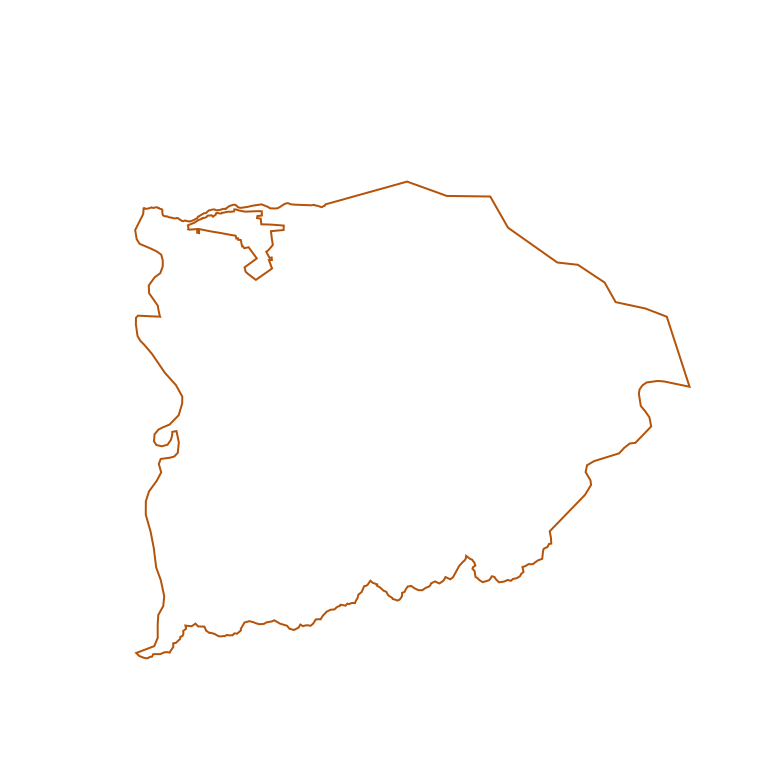 the district of Chuy, Chuy, Kyrgyzstan, rotated 348°
{"feature_id": "92254566B95692459438099", "entity_name": "Chuy", "entity_type": "district", "adm_level": 2, "iso_a3": "KGZ", "parent_name": "Kyrgyzstan", "parent_adm1": "Chuy", "projection": "orthographic", "projection_center": [75.313, 42.647], "detail": "fine", "context": "isolated", "style": "outline", "palette": "amber", "viewbox_px": 768, "rotation_deg": 348, "n_neighbors": 0, "source": "geoboundaries", "source_scale": "gbopen_adm2", "svg_char_len": 6148}
<svg xmlns="http://www.w3.org/2000/svg" viewBox="0 0 768 768"><g transform="rotate(348 384 384)"><path d="M85.7,595.6L88.0,599.1L91.9,601.7L94.4,602.9L96.6,603.0L98.2,602.2L100.4,602.5L102.1,600.3L109.1,601.7L113.1,600.8L116.3,601.2L118.6,602.2L119.5,601.0L123.3,597.3L123.9,593.8L126.5,594.0L131.5,591.0L132.3,588.9L134.3,588.7L135.6,587.2L136.0,585.8L136.2,583.9L139.5,582.2L139.7,581.4L139.5,579.0L145.2,580.9L147.0,580.4L149.8,579.2L151.8,582.5L157.9,584.0L158.8,588.5L159.2,588.7L161.4,591.2L162.6,591.3L166.5,593.3L167.1,594.0L169.8,596.3L171.6,596.9L174.5,597.2L175.9,597.5L178.0,596.8L180.4,597.7L183.8,598.3L184.5,597.6L185.9,596.8L188.3,597.7L192.8,595.3L193.0,593.8L197.9,588.3L203.0,588.0L206.7,589.8L208.4,591.0L211.9,593.0L216.7,593.7L219.1,592.8L225.2,592.9L227.5,592.3L232.5,596.8L239.0,600.4L240.5,603.6L244.8,605.9L249.8,604.5L252.2,601.9L254.5,604.1L256.4,603.8L259.2,604.1L261.7,605.2L262.4,605.0L265.1,603.5L268.3,600.1L271.2,600.5L273.1,601.0L276.1,597.8L279.3,595.8L280.2,594.9L284.8,593.7L288.7,594.2L291.1,592.7L292.3,592.2L294.7,591.9L295.5,590.9L297.8,591.7L300.3,592.8L302.5,591.2L303.9,592.0L307.0,591.5L310.1,592.2L311.7,589.8L313.5,588.1L315.2,584.7L318.8,582.9L322.6,577.6L324.4,577.7L326.3,576.9L329.8,573.6L331.7,576.2L335.7,578.6L335.0,579.7L337.9,582.3L340.6,586.1L343.0,587.7L344.0,591.1L344.9,592.4L347.6,594.9L347.8,596.1L350.5,597.5L352.1,598.6L354.2,598.3L356.0,596.9L357.6,595.0L358.3,592.0L360.8,591.7L362.7,589.3L365.1,587.0L367.4,587.2L368.4,587.0L371.4,590.2L374.8,592.8L378.6,593.7L382.0,592.2L386.1,591.4L387.3,590.7L388.6,588.8L392.9,587.7L394.3,588.9L396.7,590.6L400.1,589.3L401.8,588.3L404.0,585.6L408.2,588.8L411.3,587.4L419.8,577.5L424.5,574.2L426.6,573.0L427.7,571.7L428.6,569.2L431.8,572.9L433.8,574.3L434.2,575.5L435.2,577.3L435.6,580.6L433.0,581.7L432.1,583.2L433.7,585.7L433.4,591.7L435.1,593.4L436.6,595.7L439.4,598.4L442.5,598.1L446.0,597.8L447.7,596.4L449.5,594.5L450.6,594.9L452.1,596.0L452.9,598.4L455.3,601.9L460.5,602.2L464.2,601.4L467.1,602.9L469.7,601.5L473.6,601.5L477.0,600.3L478.7,598.3L481.4,596.8L481.4,591.8L484.1,591.6L488.1,590.2L489.8,590.8L492.4,591.1L494.7,589.9L498.0,588.5L502.4,587.9L504.9,580.3L506.0,578.4L510.1,577.3L512.1,574.8L514.4,574.9L515.3,569.3L515.5,562.5L557.6,534.2L565.6,525.7L565.9,521.1L562.9,512.1L565.7,505.7L573.5,503.1L599.6,500.7L605.5,496.5L612.0,493.3L617.7,493.8L636.5,481.1L636.7,471.8L633.8,464.9L630.6,458.9L631.3,446.4L632.9,442.4L636.5,439.1L641.1,437.1L652.2,437.9L658.4,439.7L682.3,450.2L674.6,377.0L655.4,364.5L627.6,352.1L620.9,330.6L598.4,307.7L578.8,301.2L537.8,256.9L526.9,222.7L484.5,213.1L448.6,190.8L364.3,196.1L363.6,196.4L363.0,197.4L361.5,197.5L360.2,198.1L359.8,198.1L355.8,195.7L354.3,195.4L353.7,194.7L352.5,194.1L350.1,194.1L341.4,191.9L334.7,190.2L330.3,188.9L329.4,188.2L328.5,187.7L327.9,187.3L327.7,187.2L326.3,187.0L325.3,187.1L323.9,187.3L318.4,189.4L316.6,189.9L315.8,189.9L314.4,189.8L309.6,188.6L308.9,188.3L307.4,186.7L301.5,182.8L293.0,182.3L290.1,182.3L287.2,182.4L281.3,182.0L280.4,181.9L278.1,180.9L277.8,180.5L277.1,179.3L276.4,178.4L275.3,177.6L273.9,177.3L270.8,177.7L269.5,177.9L268.8,178.2L267.5,178.9L266.4,179.1L266.2,179.5L266.0,179.8L265.7,179.9L265.2,179.9L264.1,179.4L262.8,179.3L259.9,179.6L257.0,179.4L256.0,179.1L254.4,178.0L253.6,177.8L251.6,177.7L250.1,177.9L248.7,177.8L248.3,178.1L247.0,178.7L246.6,178.9L246.1,179.5L245.4,179.7L244.4,179.7L243.2,179.6L239.0,181.0L237.9,181.6L237.5,181.5L236.8,181.7L236.4,182.1L236.1,182.5L235.9,183.0L233.9,183.4L232.3,184.0L229.7,184.5L227.2,184.6L227.0,184.4L226.1,184.1L224.3,183.2L223.0,182.7L221.7,183.1L219.9,182.2L218.8,180.9L218.1,180.5L217.5,179.6L217.2,179.1L215.6,178.5L215.2,178.7L214.1,178.6L211.6,177.7L210.7,177.0L208.9,176.5L207.8,175.9L207.5,175.6L207.3,175.3L206.6,174.9L206.2,175.0L204.3,174.2L203.5,173.6L203.1,173.4L202.9,173.0L202.7,172.1L202.7,171.4L202.9,170.6L202.8,169.3L203.4,168.2L203.2,167.2L203.0,166.9L200.8,165.8L200.6,165.3L200.1,164.8L199.6,164.9L198.7,163.9L197.4,163.8L195.9,163.8L195.0,163.8L194.0,163.4L193.3,162.9L192.7,163.0L191.9,163.2L190.9,163.2L189.7,163.4L188.6,163.2L187.7,163.2L186.7,162.9L186.2,162.1L185.4,162.1L183.8,167.7L172.6,181.7L172.2,191.0L174.1,196.1L183.7,202.8L189.2,207.0L193.0,211.2L193.3,217.2L192.0,223.0L188.2,229.1L181.8,232.0L174.4,238.7L173.1,246.4L175.3,251.5L179.0,260.3L178.8,265.0L178.8,270.1L179.0,271.6L170.0,269.3L157.6,266.0L155.2,267.6L153.7,274.0L152.9,285.9L154.6,291.0L157.9,296.2L163.3,306.3L172.0,327.5L180.3,341.9L184.1,354.4L182.5,361.2L176.7,371.8L165.8,379.1L158.7,380.4L153.9,381.7L149.1,385.5L147.1,392.3L148.7,396.4L153.8,398.7L159.6,398.4L164.1,394.2L166.1,390.1L167.0,386.8L171.2,386.9L171.2,398.4L168.0,408.4L163.8,411.3L159.3,411.6L154.1,411.2L150.0,410.9L147.1,415.4L147.7,424.1L141.6,431.4L131.9,440.1L126.7,449.1L123.8,462.3L125.0,480.0L124.7,496.7L123.0,516.0L124.9,529.5L124.9,545.9L121.9,555.3L115.2,563.0L112.6,572.3L109.9,585.2L104.8,592.6L85.7,595.6ZM224.6,192.0L225.0,191.5L225.1,191.3L225.2,188.0L232.1,186.8L236.5,185.1L240.3,184.5L240.6,184.0L242.6,184.1L245.0,183.9L246.3,182.7L250.6,183.2L251.5,184.8L254.8,183.2L255.2,182.1L256.5,181.9L258.6,183.0L260.7,183.3L261.1,182.8L262.8,183.1L265.2,183.0L267.8,183.1L269.7,183.7L273.1,184.0L273.6,183.2L273.9,182.1L275.3,182.4L278.6,184.3L282.2,185.8L283.2,186.2L284.2,186.6L293.1,188.1L297.0,188.8L300.3,189.6L299.6,193.8L295.1,193.4L294.3,195.3L297.8,196.6L297.5,199.4L297.2,202.3L306.7,204.6L318.9,208.2L317.8,212.5L305.2,211.0L304.5,218.5L304.2,224.8L300.9,227.5L298.2,229.4L296.3,230.2L297.1,232.9L298.3,236.9L300.4,236.9L300.1,239.4L297.2,238.9L298.5,247.7L293.3,250.0L280.3,255.5L273.9,248.1L272.0,245.4L271.9,240.9L285.7,234.7L280.0,222.1L275.5,222.1L274.7,220.0L273.8,219.9L273.8,216.5L273.9,214.9L273.8,213.3L273.4,213.2L271.4,212.7L271.4,212.0L271.5,211.9L271.5,211.3L271.4,211.0L269.8,211.0L269.8,209.8L269.7,208.8L269.8,208.5L269.4,208.2L269.2,207.9L269.1,207.7L268.4,207.6L267.2,207.1L262.9,205.4L255.5,202.3L251.1,200.6L245.3,198.3L235.3,194.0L234.5,198.0L232.7,197.2L233.5,193.6L229.7,193.1L226.8,192.7L225.8,192.6L224.6,192.0Z" fill="none" stroke="#b45309" stroke-width="2"/></g></svg>